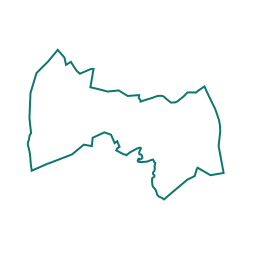 Isa, Sokoto, Nigeria, rotated 11°
{"feature_id": "59680162B66631777088899", "entity_name": "Isa", "entity_type": "district", "adm_level": 2, "iso_a3": "NGA", "parent_name": "Nigeria", "parent_adm1": "Sokoto", "projection": "equal_earth", "projection_center": [6.414, 13.208], "detail": "fine", "context": "isolated", "style": "outline", "palette": "teal", "viewbox_px": 256, "rotation_deg": 11, "n_neighbors": 0, "source": "geoboundaries", "source_scale": "gbopen_adm2", "svg_char_len": 2273}
<svg xmlns="http://www.w3.org/2000/svg" viewBox="0 0 256 256"><g transform="rotate(11 128 128)"><path d="M66.3,172.0L78.1,164.6L87.8,152.8L95.9,152.7L95.2,144.3L105.7,136.8L112.6,137.8L114.3,140.3L115.1,141.5L117.8,145.4L119.9,143.0L123.3,148.2L121.4,149.9L120.7,152.2L128.9,154.7L129.7,154.6L130.6,154.6L131.7,155.0L134.2,151.9L140.4,146.7L143.4,145.0L144.1,145.1L144.5,145.4L144.5,146.4L144.4,146.6L144.1,147.2L143.9,148.1L143.7,149.1L143.8,150.1L143.9,150.9L144.0,151.0L144.1,151.3L144.4,151.7L145.0,151.5L146.0,151.7L146.6,152.2L147.1,152.5L147.3,153.3L147.8,154.4L147.3,155.3L146.4,156.5L145.9,156.6L145.1,156.8L144.7,156.0L144.3,156.1L144.0,156.8L143.8,157.4L143.8,158.3L144.3,159.1L146.9,159.1L150.2,158.2L151.7,157.8L153.6,157.1L154.4,156.6L154.9,156.2L156.7,155.2L158.5,154.2L159.3,154.9L159.8,155.8L160.2,156.4L160.4,156.7L160.8,156.9L161.3,157.0L161.5,157.5L161.6,158.2L161.5,159.0L161.4,159.8L161.3,160.2L161.2,160.5L161.6,161.1L161.9,162.1L162.1,162.8L162.1,163.6L162.2,164.2L162.0,164.9L161.6,165.8L161.2,166.6L161.1,167.1L161.2,167.8L161.4,168.4L162.0,168.9L162.7,169.3L163.1,169.9L163.1,170.7L162.7,171.3L162.2,171.8L161.7,172.1L161.3,172.7L161.4,173.7L161.9,176.3L162.8,179.2L163.7,180.9L165.5,182.2L167.2,183.9L168.0,185.1L169.3,187.9L171.6,189.5L175.1,190.3L176.9,191.3L183.4,183.1L196.1,167.4L202.7,162.4L203.0,158.7L203.3,155.5L203.9,153.7L218.0,158.6L230.4,153.9L229.3,150.9L227.2,145.7L223.2,135.5L220.4,128.4L219.2,114.0L218.1,108.9L215.9,103.0L210.1,92.9L201.7,81.8L197.1,75.5L195.1,72.6L189.4,78.4L187.8,80.3L183.2,81.0L180.3,81.6L179.5,81.9L176.5,86.5L173.5,90.0L172.1,91.7L171.5,92.4L169.5,93.8L166.3,94.6L165.2,94.8L160.2,92.2L156.9,90.2L154.8,90.0L151.2,90.8L148.3,92.4L146.3,93.7L140.0,97.0L135.3,99.7L135.1,98.9L134.8,98.0L133.2,96.9L132.8,96.1L132.8,94.6L132.7,93.6L121.5,96.6L111.7,92.9L101.0,96.1L91.9,95.5L83.3,95.2L82.9,76.6L82.1,76.7L80.4,77.1L70.4,83.9L66.9,81.8L62.7,77.6L59.3,74.0L55.1,77.8L52.2,71.0L44.1,64.7L36.9,77.9L27.7,91.5L25.6,112.3L29.3,136.8L33.8,151.5L32.8,154.2L32.9,156.0L33.0,158.1L32.9,159.3L32.6,160.3L32.6,162.2L32.8,163.3L34.3,166.5L35.7,169.7L35.7,169.9L36.6,171.9L37.7,175.6L38.6,178.9L39.8,183.1L41.2,186.8L41.6,188.3L55.6,178.6L58.5,176.9L66.3,172.0Z" fill="none" stroke="#0f766e" stroke-width="2"/></g></svg>